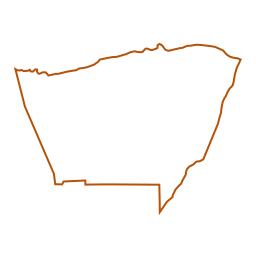 the district of Gagaifomauga I, Samoa
{"feature_id": "51752279B82418493782351", "entity_name": "Gagaifomauga I", "entity_type": "district", "adm_level": 2, "iso_a3": "WSM", "parent_name": "Samoa", "parent_adm1": "", "projection": "mercator", "projection_center": [-172.391, -13.461], "detail": "fine", "context": "isolated", "style": "outline", "palette": "amber", "viewbox_px": 256, "rotation_deg": 0, "n_neighbors": 0, "source": "geoboundaries", "source_scale": "gbopen_adm2", "svg_char_len": 1279}
<svg xmlns="http://www.w3.org/2000/svg" viewBox="0 0 256 256"><path d="M240.6,59.5L237.4,58.2L234.9,58.1L229.9,56.7L226.6,54.4L223.0,50.4L215.1,46.9L209.8,46.0L200.2,44.9L195.8,44.8L191.2,45.6L187.0,45.9L182.3,47.9L180.7,48.0L174.8,49.3L169.3,50.7L167.1,50.5L165.2,49.6L162.2,45.5L159.6,43.9L157.6,45.2L157.5,47.9L156.1,48.7L152.0,50.1L150.5,49.9L147.2,48.6L145.5,48.7L142.4,52.0L139.0,52.2L134.4,51.3L130.4,52.3L126.1,54.1L117.1,56.8L112.5,57.1L107.2,58.0L99.7,59.6L98.1,61.8L93.9,64.7L87.7,67.0L85.0,67.7L79.2,68.5L75.8,70.3L73.9,70.5L66.9,71.7L58.0,73.9L55.6,73.9L48.4,75.5L45.9,72.4L42.8,72.3L39.5,73.8L38.1,73.4L36.9,71.4L37.1,69.6L35.5,69.3L32.8,71.6L30.6,71.3L29.7,69.8L28.2,70.7L23.7,71.1L21.5,70.0L19.4,70.5L17.3,70.2L15.4,69.1L24.9,106.5L53.9,173.8L55.2,184.2L62.1,184.4L63.6,181.5L85.3,180.5L85.4,184.6L104.1,184.4L112.7,184.4L159.3,184.7L159.7,202.0L159.8,212.1L166.9,201.8L172.6,197.0L172.6,195.6L175.4,189.7L178.9,185.7L181.2,183.6L182.4,180.7L185.8,174.5L185.9,172.3L187.0,169.1L189.2,166.6L193.1,164.6L196.4,161.6L199.8,161.2L203.3,159.4L218.0,123.6L219.7,116.9L220.9,113.3L221.5,108.1L222.7,101.9L224.3,98.4L225.9,96.0L227.5,92.1L229.4,88.9L232.7,85.3L233.6,81.9L234.9,74.4L236.6,68.4L239.6,61.9L240.6,59.5Z" fill="none" stroke="#b45309" stroke-width="2"/></svg>